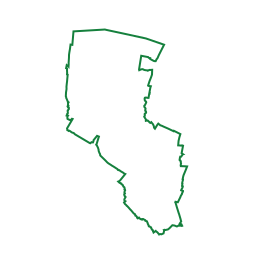 the district of Vulturesti, Olt, Romania, rotated 109°
{"feature_id": "2599482B48187985775349", "entity_name": "Vulturesti", "entity_type": "district", "adm_level": 2, "iso_a3": "ROU", "parent_name": "Romania", "parent_adm1": "Olt", "projection": "albers", "projection_center": [24.352, 44.735], "detail": "fine", "context": "isolated", "style": "outline", "palette": "green", "viewbox_px": 256, "rotation_deg": 109, "n_neighbors": 0, "source": "geoboundaries", "source_scale": "gbopen_adm2", "svg_char_len": 5721}
<svg xmlns="http://www.w3.org/2000/svg" viewBox="0 0 256 256"><g transform="rotate(109 128 128)"><path d="M136.2,190.1L136.0,188.8L136.9,189.0L137.6,188.8L138.3,188.6L139.1,188.1L139.3,186.6L139.4,185.0L139.2,184.9L139.2,184.7L137.5,184.0L137.5,183.3L148.2,185.5L148.7,185.3L149.4,184.6L149.7,184.5L149.8,184.5L149.8,183.8L150.1,183.2L149.7,182.8L149.7,182.5L149.9,181.4L150.2,180.6L150.5,179.4L150.5,178.8L150.4,178.0L150.6,177.2L151.1,176.5L151.3,175.8L151.5,174.8L154.7,159.3L154.7,158.7L153.3,157.9L153.3,157.3L153.0,156.4L151.5,156.4L151.0,156.5L150.7,156.6L145.5,154.7L145.6,152.7L149.6,152.6L152.1,152.5L153.5,152.5L154.0,152.6L154.0,152.4L156.5,149.9L158.2,148.7L159.2,148.3L160.9,146.9L161.8,145.9L163.0,145.3L166.0,138.9L167.3,136.4L167.8,135.0L168.5,132.0L168.8,131.0L169.2,129.0L169.7,127.0L170.0,125.9L170.2,124.9L170.3,124.5L170.8,124.1L171.0,123.7L171.0,123.4L170.8,123.1L170.7,122.6L171.3,120.7L171.8,118.1L172.3,116.8L172.4,115.6L180.1,118.4L181.2,119.0L181.6,119.6L181.8,119.8L182.6,118.1L182.5,117.2L182.5,116.9L182.8,116.6L183.0,116.3L182.9,116.0L183.3,115.7L183.4,115.2L183.5,115.0L183.5,114.6L183.8,114.3L183.9,114.1L184.5,113.7L184.7,113.3L185.0,113.1L185.2,112.2L186.1,111.5L187.2,111.4L187.4,111.1L187.4,110.7L187.9,110.4L188.6,110.6L189.1,110.5L189.9,110.5L190.9,109.6L191.4,110.0L192.0,110.0L192.2,109.8L193.0,109.4L193.2,109.2L193.3,108.9L193.6,108.7L193.9,107.9L194.0,107.8L194.5,107.9L196.2,108.2L196.8,108.2L197.8,107.7L198.0,107.2L198.1,106.6L198.6,106.8L199.7,107.5L200.8,106.2L201.5,104.5L202.0,103.9L202.0,103.5L203.0,101.6L204.4,99.2L204.8,98.3L206.8,95.0L207.2,93.9L207.2,93.4L208.4,92.6L208.3,92.0L208.4,91.9L208.7,91.5L208.9,90.9L209.3,90.5L209.6,90.4L209.9,90.2L210.1,89.8L210.3,89.3L210.2,89.2L209.4,88.8L209.2,88.6L209.1,88.4L209.6,87.9L209.8,87.1L210.0,86.7L210.1,86.4L209.8,85.9L209.8,85.7L210.1,85.2L210.0,84.8L209.6,84.8L209.3,84.6L209.2,84.4L209.1,84.1L209.3,83.7L209.3,83.0L209.5,82.2L209.5,81.7L210.1,81.3L210.0,81.0L210.1,80.6L210.0,79.9L210.1,79.7L211.4,78.6L211.5,78.4L212.3,78.0L212.7,77.4L214.1,76.4L214.2,76.2L214.0,75.7L214.7,73.9L214.6,73.7L215.3,73.3L215.8,72.6L216.3,72.4L216.4,71.6L216.5,71.3L217.1,70.8L217.6,70.7L218.0,70.2L218.5,69.8L216.3,68.3L216.7,67.8L216.8,67.0L217.2,66.0L218.1,64.6L218.1,63.8L218.4,63.7L218.2,63.4L217.9,63.1L217.7,62.7L217.6,61.7L216.6,60.7L216.1,60.1L214.2,60.3L213.7,60.4L213.1,60.4L212.9,60.5L212.7,60.8L212.4,60.5L212.3,59.6L212.2,59.3L210.9,57.2L209.3,56.2L205.5,54.4L205.1,52.5L205.1,50.9L205.2,50.5L205.2,49.9L205.0,49.5L203.9,48.5L203.8,48.3L203.5,47.1L203.4,47.0L203.2,46.4L203.1,45.6L203.1,45.2L202.9,45.0L202.7,45.3L201.8,45.9L201.6,46.2L202.1,48.0L201.6,48.0L199.0,47.3L198.2,47.9L196.8,48.8L193.3,51.3L192.7,51.7L192.3,52.1L186.6,56.3L185.0,57.4L184.1,58.1L183.1,58.7L182.9,59.1L182.3,59.1L182.1,57.6L182.1,57.3L182.0,56.7L176.4,56.0L175.2,56.0L173.7,55.7L172.9,55.5L172.7,55.5L172.3,55.7L171.5,55.5L169.8,55.4L169.6,55.5L169.6,56.6L169.7,57.2L169.6,57.5L168.5,57.4L166.8,57.1L165.7,57.1L165.6,57.3L165.4,57.2L165.2,57.3L165.2,57.7L165.4,57.9L165.3,58.0L164.0,58.3L162.9,58.4L162.7,58.8L162.1,58.9L160.1,59.1L159.6,59.1L158.8,59.2L158.6,59.3L158.6,59.7L156.1,60.0L154.5,60.1L148.3,59.7L145.1,59.6L145.8,62.2L146.5,64.4L146.6,64.7L146.5,64.9L146.8,65.6L146.5,65.7L146.1,66.1L144.2,66.3L143.7,66.8L143.0,66.9L142.1,67.4L141.7,68.0L141.8,68.3L141.5,68.5L141.4,68.6L141.4,68.8L140.8,69.0L140.2,69.0L139.6,69.2L138.1,69.3L137.8,68.4L137.6,68.3L137.3,68.3L136.4,68.0L136.2,68.0L136.0,67.9L135.1,67.7L134.9,67.4L134.4,69.1L126.8,70.2L126.8,70.6L126.8,71.0L127.0,71.6L127.4,72.0L127.5,72.8L128.1,74.9L123.7,76.0L119.9,76.4L116.7,76.5L115.7,83.7L116.2,83.8L115.5,90.0L115.1,95.0L114.9,96.4L114.9,98.5L114.5,99.3L114.3,100.0L114.0,100.8L115.8,101.4L119.9,102.3L119.6,102.9L119.2,103.4L118.7,103.8L118.3,103.9L118.1,104.0L117.1,104.8L116.8,105.2L116.4,105.5L114.9,107.9L115.9,108.5L115.8,109.3L115.3,110.0L114.5,111.8L114.5,112.0L114.8,112.2L114.8,112.6L115.4,113.5L115.2,113.6L114.5,113.5L114.3,113.6L112.9,115.3L112.3,116.1L111.9,116.4L111.2,116.1L110.2,116.3L109.5,116.8L109.1,116.8L108.8,116.7L108.5,116.3L108.0,116.0L107.6,115.9L107.0,116.1L106.7,116.3L106.2,117.2L106.0,117.4L105.8,117.4L105.7,117.2L104.8,117.7L104.1,117.7L103.8,117.8L103.3,118.4L102.9,119.2L102.5,119.4L102.0,119.8L101.6,119.8L100.7,119.4L97.9,119.1L97.6,119.2L97.1,119.6L97.0,120.2L96.4,121.1L95.9,121.4L95.0,121.7L94.7,121.9L94.0,121.9L93.7,121.7L93.2,120.3L93.2,119.6L92.8,118.4L89.3,119.0L89.3,118.8L89.6,118.6L87.8,118.9L87.9,119.2L82.6,120.0L81.1,120.0L81.5,122.3L81.5,122.6L81.4,122.8L76.7,122.9L72.5,122.7L69.7,122.7L65.1,124.1L65.8,125.7L66.2,126.8L66.9,127.4L67.3,127.9L67.1,128.1L67.5,129.5L67.8,131.3L67.8,131.7L67.6,133.1L67.8,133.8L68.4,134.8L69.7,136.2L69.1,136.6L55.4,139.0L54.4,132.0L54.7,131.6L54.9,131.2L54.7,129.8L55.4,129.7L55.5,129.5L56.0,126.7L56.2,125.3L56.1,125.0L56.1,124.3L55.8,123.6L53.8,123.4L52.6,122.9L51.9,122.8L49.2,122.6L37.5,121.0L37.5,140.2L40.0,161.5L42.3,180.5L42.4,181.9L54.4,211.0L67.5,207.7L67.8,209.5L72.2,208.6L75.4,208.1L78.0,207.6L80.8,206.7L85.9,205.3L86.9,204.9L89.1,204.3L88.9,204.6L88.9,204.9L88.8,205.2L88.9,205.3L88.5,206.4L91.6,206.0L91.6,205.0L93.7,204.3L95.4,203.6L97.2,203.1L97.2,202.4L101.8,201.3L103.7,200.8L106.1,200.3L109.1,199.6L110.1,199.2L111.2,198.8L114.5,198.2L118.3,197.1L118.8,196.6L119.7,196.2L120.7,195.2L122.8,193.4L122.9,192.7L123.0,192.6L123.6,193.0L123.8,193.0L124.6,192.5L126.3,192.2L126.4,191.6L126.5,191.6L127.1,192.1L127.4,192.1L127.6,191.7L128.0,191.4L128.0,190.6L128.3,190.4L128.8,190.3L129.3,190.1L129.9,190.4L130.7,190.4L131.0,190.7L131.3,190.7L133.5,189.7L134.1,189.8L134.6,190.1L135.1,189.8L135.8,190.1L136.2,190.1Z" fill="none" stroke="#15803d" stroke-width="2"/></g></svg>